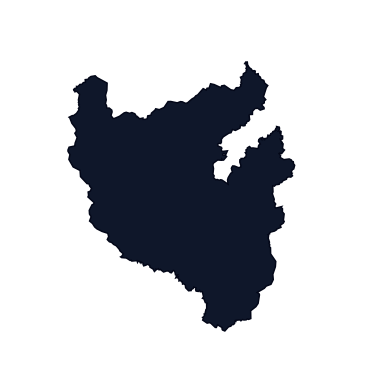 the district of Sardinata, Norte de Santander, Colombia, rotated 341°
{"feature_id": "7082276B13040058955326", "entity_name": "Sardinata", "entity_type": "district", "adm_level": 2, "iso_a3": "COL", "parent_name": "Colombia", "parent_adm1": "Norte de Santander", "projection": "mercator", "projection_center": [-72.77, 8.259], "detail": "fine", "context": "isolated", "style": "filled", "palette": "ink", "viewbox_px": 384, "rotation_deg": 341, "n_neighbors": 0, "source": "geoboundaries", "source_scale": "gbopen_adm2", "svg_char_len": 6055}
<svg xmlns="http://www.w3.org/2000/svg" viewBox="0 0 384 384"><g transform="rotate(341 192 192)"><path d="M103.4,230.1L104.1,231.1L108.4,233.0L111.2,236.5L112.5,236.9L112.6,237.7L117.7,239.0L117.6,240.8L118.8,239.8L119.8,240.4L120.0,241.8L120.6,241.7L120.7,242.5L121.4,241.9L122.8,243.6L122.2,244.2L122.3,246.1L124.7,246.2L125.8,245.7L126.9,246.4L128.1,247.7L127.8,249.4L130.1,252.1L130.6,254.9L132.2,254.2L132.8,253.2L133.4,253.8L135.2,253.5L135.5,254.9L136.8,254.9L139.1,258.4L142.2,258.4L144.1,259.1L145.2,261.1L146.3,261.7L148.5,260.1L149.3,260.3L149.8,262.2L149.4,265.0L151.4,265.8L149.8,266.6L148.7,267.9L151.4,267.8L150.7,268.9L151.3,270.5L150.7,271.8L152.4,272.0L152.9,273.5L153.6,273.7L153.1,276.0L154.2,276.1L155.4,277.6L154.8,280.5L156.6,284.3L159.1,284.9L159.6,284.0L161.7,283.6L162.6,282.5L164.6,284.0L163.6,285.6L163.6,287.0L165.6,288.1L167.1,287.5L167.3,289.0L169.3,289.5L168.8,294.9L167.3,295.9L168.5,296.9L168.6,300.9L170.2,302.2L169.3,302.9L167.9,307.2L167.0,307.6L165.2,310.4L165.2,311.4L163.8,311.3L163.7,312.6L162.3,313.9L161.2,314.0L161.6,315.1L160.4,316.6L163.6,320.9L166.0,321.2L167.1,322.2L169.9,327.6L170.9,328.0L172.9,325.9L176.5,330.2L175.8,331.1L175.9,332.4L177.8,334.1L182.6,331.4L185.1,331.5L186.4,330.5L188.0,330.8L189.4,330.2L190.8,327.9L191.4,328.5L191.8,327.6L195.6,328.5L196.3,329.7L198.4,329.0L199.3,329.9L201.6,330.5L203.0,330.1L204.1,330.9L206.4,330.8L208.8,323.4L215.1,321.2L218.2,318.9L222.3,311.2L222.3,310.0L220.9,308.2L229.0,306.6L231.6,305.1L236.6,305.0L240.3,301.3L241.6,296.2L246.5,289.8L248.6,284.9L246.2,276.1L248.1,270.2L247.4,269.0L248.4,266.9L248.1,265.5L248.9,264.7L249.0,260.6L250.3,258.0L249.9,257.1L251.8,256.8L252.0,256.0L253.3,255.5L257.3,255.8L259.6,255.3L260.3,254.6L264.6,254.4L264.6,252.2L268.3,251.1L269.6,249.8L269.2,248.5L272.0,242.7L271.0,240.2L272.1,237.3L271.3,235.5L272.0,235.0L267.1,234.6L265.9,234.3L265.5,233.4L266.0,231.8L267.2,230.6L266.2,227.7L267.4,225.6L267.4,219.7L268.6,218.3L270.3,212.5L271.9,213.3L273.5,212.4L276.9,213.1L278.1,211.9L279.9,212.2L281.8,210.9L285.4,210.7L286.5,209.2L288.5,209.2L290.3,210.1L292.3,209.4L291.9,207.4L292.9,206.8L292.2,206.0L292.7,205.0L294.1,203.6L295.7,203.3L297.8,200.1L297.2,198.5L297.6,196.3L296.5,195.5L296.4,194.1L294.7,192.4L289.4,191.3L286.6,188.0L287.6,186.5L286.8,183.9L287.4,183.7L289.2,184.9L293.1,182.4L291.7,180.3L293.8,176.2L292.5,175.4L293.5,174.5L292.6,172.7L292.7,170.9L293.6,171.6L294.9,171.3L295.9,168.6L294.3,167.3L295.3,165.3L294.3,164.9L294.4,164.1L295.4,164.5L295.9,164.0L295.6,163.2L294.4,163.2L294.3,162.4L293.6,162.4L295.0,161.4L295.6,159.9L295.5,158.9L294.3,158.6L294.2,157.5L294.0,158.3L293.3,157.7L292.9,159.1L292.1,159.1L290.7,160.6L291.1,161.1L288.1,161.2L287.7,162.1L285.4,162.5L284.6,163.9L282.9,163.3L282.7,163.7L282.2,163.1L280.7,165.5L278.5,165.3L278.0,165.9L277.7,165.3L277.2,165.8L276.3,163.3L275.1,163.6L274.9,164.8L274.1,163.3L272.2,164.2L271.4,165.7L272.2,168.8L270.8,169.2L269.7,170.3L269.4,171.5L268.1,172.3L263.8,170.1L262.6,170.2L261.1,167.7L258.7,168.3L258.3,169.3L256.7,169.8L256.4,172.1L255.2,172.1L255.6,174.2L254.1,176.6L253.3,176.4L252.3,177.2L249.3,176.3L249.0,177.1L247.8,177.1L246.9,179.4L246.9,182.7L246.1,184.4L243.9,184.1L240.7,181.3L239.0,180.6L237.6,181.6L236.9,182.5L236.6,186.6L234.8,186.9L230.9,190.2L229.5,192.2L228.7,196.4L224.2,190.4L223.0,189.7L221.6,189.8L220.0,188.4L218.4,188.1L217.0,185.7L218.2,183.9L217.6,182.0L220.0,176.8L220.5,173.2L221.6,171.7L226.7,170.1L230.3,171.6L230.9,170.4L231.5,171.9L232.3,172.1L236.3,169.7L235.5,168.4L233.1,167.1L233.3,166.0L234.7,165.8L236.3,167.4L238.9,164.6L233.7,163.5L233.3,161.6L234.4,160.5L234.4,159.4L231.5,157.0L232.0,155.0L233.1,154.7L234.9,155.5L236.0,154.5L237.0,151.7L239.5,150.0L245.9,148.4L248.2,148.6L250.6,146.1L253.1,147.9L258.2,147.2L259.5,144.7L262.4,146.3L263.8,146.4L264.5,144.9L266.0,144.5L266.8,143.2L268.6,143.4L270.0,142.4L271.0,137.9L272.0,137.6L274.4,138.3L275.5,135.3L278.7,133.6L281.4,134.2L283.2,136.8L287.3,136.8L287.6,135.5L286.5,133.1L286.7,131.8L289.3,131.3L290.0,129.4L291.8,128.7L290.5,125.3L296.2,117.6L298.3,116.0L296.2,112.8L296.2,109.8L293.9,108.0L294.0,105.6L292.7,103.7L293.1,101.7L290.5,101.3L290.3,100.0L291.2,98.3L290.2,97.4L288.7,97.4L288.0,94.8L286.7,93.2L286.0,89.7L286.6,87.1L285.1,86.6L283.6,87.8L285.0,88.9L284.3,90.2L284.9,91.1L283.2,92.8L283.7,94.2L282.5,95.2L282.4,96.2L279.1,96.9L278.0,99.0L275.2,99.3L275.4,101.8L273.9,104.4L274.2,105.6L272.9,106.2L272.6,107.9L270.6,108.6L267.8,107.8L265.0,109.7L262.0,108.0L257.3,101.7L254.5,101.3L253.3,102.7L247.9,97.6L244.8,95.7L242.0,99.3L240.0,98.8L238.6,100.3L236.2,97.9L228.9,102.1L226.9,102.3L225.0,103.5L222.3,104.0L216.6,106.3L214.5,105.9L212.4,103.7L210.6,102.8L207.1,102.9L201.4,99.5L198.8,98.7L193.1,103.0L187.9,103.5L184.8,101.5L183.5,102.6L179.4,104.2L178.2,106.0L174.9,105.6L173.5,108.2L171.4,108.1L169.3,107.3L169.7,106.1L166.3,105.7L165.2,103.5L164.5,103.4L164.7,102.6L164.0,102.1L163.4,99.4L161.0,97.3L158.6,97.3L155.7,95.2L153.6,95.1L148.1,96.8L142.7,97.2L141.3,96.7L140.3,93.3L142.5,90.3L142.8,88.5L141.1,85.7L138.8,85.0L139.3,82.1L138.9,80.3L140.9,77.0L141.7,72.4L144.6,68.2L147.2,61.4L139.5,53.0L138.3,50.6L134.1,49.9L131.7,50.5L130.3,51.6L127.6,51.0L127.0,53.5L124.8,53.2L122.9,54.4L121.1,53.8L118.6,55.1L117.2,54.6L117.0,56.1L115.0,55.9L113.5,56.5L113.4,57.4L114.2,57.3L113.9,59.1L115.9,59.3L117.5,63.0L114.5,68.1L114.7,68.9L113.7,70.5L114.0,72.3L113.2,72.6L113.3,75.0L111.8,76.0L111.9,77.5L108.4,80.1L104.8,81.2L103.6,80.8L100.1,81.3L100.6,82.2L100.8,87.9L102.9,94.2L102.5,96.9L100.4,98.3L101.2,103.1L97.5,107.6L96.1,110.3L90.4,109.6L88.4,111.9L88.0,113.3L88.8,116.8L86.2,121.1L87.8,129.6L93.2,135.2L91.6,141.2L95.5,149.9L97.2,150.7L97.3,153.4L98.2,155.8L96.1,158.1L93.8,158.2L93.1,161.5L92.0,162.8L96.0,170.1L95.0,171.5L93.4,171.5L88.9,175.9L87.9,179.5L88.6,182.6L85.7,186.1L87.7,189.4L88.6,193.3L90.1,195.9L94.1,200.0L98.9,203.6L98.7,207.0L96.4,209.4L97.7,212.2L99.6,213.5L100.8,216.0L102.9,218.2L104.6,222.6L104.7,224.2L106.9,228.1L104.6,229.9L103.4,230.1Z" fill="#0f172a" stroke="#020617" stroke-width="1.5"/></g></svg>